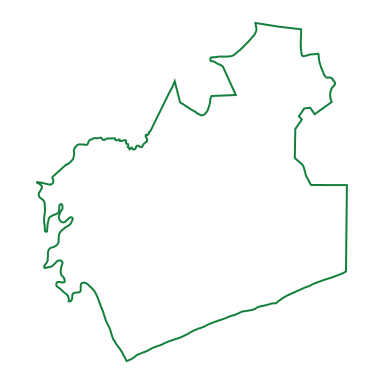 Chongoene, Gaza, Mozambique
{"feature_id": "85939544B23893317259127", "entity_name": "Chongoene", "entity_type": "district", "adm_level": 2, "iso_a3": "MOZ", "parent_name": "Mozambique", "parent_adm1": "Gaza", "projection": "natural_earth1", "projection_center": [33.799, -24.885], "detail": "fine", "context": "isolated", "style": "outline", "palette": "green", "viewbox_px": 384, "rotation_deg": 0, "n_neighbors": 0, "source": "geoboundaries", "source_scale": "gbopen_adm2", "svg_char_len": 5835}
<svg xmlns="http://www.w3.org/2000/svg" viewBox="0 0 384 384"><path d="M37.2,182.1L37.1,182.7L40.0,184.3L41.2,185.4L42.0,186.6L41.8,188.1L40.0,191.4L38.7,193.4L38.8,194.9L39.2,196.6L40.1,197.7L42.8,199.8L43.9,201.1L44.5,202.4L44.7,204.0L45.0,209.3L45.0,211.3L44.2,217.1L44.1,221.7L44.7,225.7L44.8,229.0L45.0,230.9L45.2,231.2L45.7,231.6L46.2,231.8L46.6,231.7L47.0,231.3L47.6,224.3L48.9,218.4L49.8,217.1L52.9,215.3L57.1,213.7L58.4,212.4L59.1,211.3L59.3,205.9L59.8,204.8L60.4,204.2L61.2,204.1L62.0,204.7L62.4,205.5L62.5,207.8L62.3,209.1L60.4,212.1L59.4,214.5L58.9,216.5L58.9,217.7L59.4,219.6L61.1,221.7L62.3,222.3L63.6,222.4L64.8,222.1L69.7,217.5L71.3,217.3L72.2,217.7L72.6,218.1L72.7,219.1L72.3,220.3L71.0,223.1L70.2,224.2L69.1,225.3L65.4,227.4L61.2,230.9L59.7,233.0L59.1,234.3L58.8,235.8L58.9,236.5L58.7,238.0L58.6,242.2L57.6,244.3L56.4,245.4L54.0,246.9L50.7,247.8L49.3,249.0L48.5,250.3L48.0,252.0L47.9,256.4L47.5,261.1L46.8,262.4L44.3,265.9L44.1,266.7L44.4,267.5L44.7,268.0L50.5,266.8L52.8,265.7L57.4,260.9L59.0,260.4L61.1,260.6L62.2,261.7L62.5,262.8L62.4,263.4L61.1,267.5L60.6,272.0L61.2,274.7L64.4,278.6L64.3,279.5L64.8,280.8L64.6,281.8L63.8,282.4L62.8,282.5L58.6,281.9L57.8,282.0L57.0,282.4L56.5,283.2L56.3,284.3L56.4,285.3L56.8,286.3L57.6,287.0L60.3,288.8L61.8,290.2L62.0,290.6L62.6,291.0L62.8,291.4L66.9,294.6L67.3,295.2L67.7,295.4L68.5,297.3L68.5,297.8L68.8,298.8L69.0,300.8L68.8,301.3L70.0,301.4L70.5,301.2L71.1,300.9L71.5,300.4L71.9,299.1L72.3,297.2L72.4,294.7L73.1,293.5L74.0,293.0L75.1,292.7L78.7,292.4L79.6,292.1L80.7,290.9L80.7,285.4L81.3,283.7L81.6,283.2L83.2,282.7L84.6,282.7L86.1,283.2L88.5,284.9L90.4,286.9L90.9,287.2L91.3,287.8L92.2,288.5L92.4,288.9L92.9,289.2L93.2,289.8L93.7,290.1L93.9,290.6L94.8,291.7L95.7,293.3L97.9,298.1L101.9,309.2L102.9,311.0L102.9,311.5L103.5,313.1L103.8,314.3L104.1,315.0L105.7,320.0L106.5,322.0L108.6,326.1L109.0,326.6L109.4,327.6L110.6,331.0L111.6,334.6L113.0,338.7L113.9,340.4L114.4,340.7L115.9,343.6L119.6,348.5L120.9,350.6L121.3,350.9L121.5,351.5L121.9,351.9L122.1,352.6L122.5,352.9L122.6,353.5L123.6,355.5L124.4,356.5L126.5,361.0L127.7,360.6L131.0,359.3L134.4,357.1L136.4,355.4L137.7,354.7L143.4,352.3L144.5,352.1L145.1,351.7L147.0,351.1L152.4,348.0L158.0,345.9L158.5,345.9L162.8,344.1L163.7,343.5L169.8,341.0L180.2,337.6L186.7,334.5L191.2,331.9L192.9,331.1L193.3,330.7L196.7,329.4L197.9,328.7L200.0,328.2L204.0,326.7L206.3,325.5L206.8,325.1L210.4,323.5L210.9,323.5L212.1,322.8L213.5,322.4L215.3,321.6L215.8,321.6L217.0,321.2L218.4,320.5L220.0,320.2L222.2,319.3L222.6,319.3L231.0,315.9L231.5,315.9L234.4,314.9L234.8,314.9L239.2,313.0L240.8,312.1L242.8,311.4L245.6,311.1L252.8,309.8L255.0,308.9L257.1,307.4L258.4,306.9L259.5,306.7L261.8,305.9L262.4,306.0L264.1,305.7L265.0,305.3L265.5,305.3L267.3,304.8L268.1,304.5L268.6,304.5L272.1,303.4L275.6,303.3L276.9,302.6L277.6,301.8L282.6,298.2L286.0,296.1L294.8,292.1L305.5,287.3L309.6,286.0L312.5,284.2L321.8,280.7L332.8,277.1L343.0,273.2L346.0,271.5L346.9,185.1L311.1,185.0L310.1,183.6L309.7,182.5L309.3,182.1L308.8,180.6L306.4,176.6L305.6,174.4L305.0,171.5L304.5,170.2L304.5,169.7L304.0,168.0L303.2,166.0L302.9,165.6L302.7,165.0L300.8,163.2L299.6,162.3L297.8,160.6L297.4,160.4L296.8,159.6L295.6,158.8L294.8,157.8L295.3,129.0L301.9,119.6L298.9,116.3L304.3,108.4L310.1,107.7L314.7,114.2L331.7,102.0L331.0,100.4L330.8,99.3L330.4,98.4L330.3,97.2L330.1,94.4L330.6,91.3L331.1,89.7L331.9,88.1L332.5,87.1L333.0,86.9L333.2,86.4L333.9,85.8L334.4,84.8L334.8,84.7L335.1,83.0L334.3,81.4L333.4,80.6L333.2,80.0L332.8,79.7L332.6,79.1L332.2,78.8L332.0,78.4L330.7,77.6L329.8,77.5L327.1,77.6L326.6,77.5L325.6,76.9L324.6,75.4L324.2,75.1L323.0,71.8L321.2,67.8L321.2,67.3L320.3,64.9L320.2,64.4L319.4,61.9L318.8,58.2L318.7,54.9L318.5,54.3L318.1,53.9L315.8,53.9L314.0,54.3L310.2,54.4L308.0,55.2L307.5,55.2L306.6,55.6L303.7,56.1L302.8,56.1L302.4,55.9L302.0,55.4L301.3,53.0L301.1,49.5L300.9,49.0L300.7,42.3L301.1,34.4L301.1,29.3L278.9,26.7L255.4,23.0L256.4,28.5L256.4,30.4L256.0,31.5L254.3,35.0L248.2,41.8L242.3,47.8L239.5,50.4L238.1,51.4L236.9,52.6L234.9,54.2L233.5,55.2L232.1,55.9L230.4,56.3L226.1,56.6L219.6,56.6L217.5,56.8L216.9,57.0L211.0,57.5L210.7,58.1L210.2,59.5L210.2,60.1L211.0,61.0L212.3,61.4L213.3,61.4L215.1,62.1L216.6,63.3L219.7,64.6L221.9,65.7L222.8,66.4L235.8,95.0L211.6,96.0L210.3,98.9L209.9,103.2L209.2,106.0L208.3,108.4L207.9,109.8L206.6,112.1L206.2,112.3L206.0,112.9L205.5,113.2L205.3,113.7L203.5,115.0L202.6,115.3L201.6,115.4L198.7,114.2L198.4,113.9L197.8,113.7L196.7,113.0L196.5,112.6L195.9,112.4L195.5,111.9L190.3,109.0L188.2,107.5L186.4,106.5L186.1,106.0L185.4,105.8L183.4,104.3L182.5,103.9L180.1,102.3L174.7,81.3L172.5,86.7L169.6,92.0L150.4,131.1L150.1,131.4L149.4,131.6L148.9,132.3L148.7,132.7L148.9,133.6L148.1,134.7L147.2,135.1L146.3,134.6L146.0,134.8L145.7,135.5L145.6,136.1L146.4,137.6L147.2,140.0L147.0,141.2L146.7,141.7L145.6,142.2L144.9,143.0L143.6,144.0L143.3,144.4L143.0,145.4L142.2,146.3L142.0,146.9L141.4,147.1L139.5,146.7L138.7,145.8L137.8,145.6L136.8,145.9L136.1,146.8L135.5,148.7L135.1,149.1L134.3,149.4L133.0,149.4L131.9,147.7L131.1,147.6L130.2,148.9L129.5,149.3L128.3,147.2L127.7,146.9L128.2,146.2L128.2,144.3L127.7,143.9L126.3,143.7L126.0,142.8L126.0,140.5L125.3,140.2L124.7,140.2L122.1,140.8L120.0,141.0L119.6,139.6L119.0,139.5L117.5,140.2L115.9,140.3L115.5,140.2L114.8,138.3L107.1,138.5L106.4,138.8L104.9,139.8L103.2,139.9L102.4,139.4L101.5,138.0L100.5,137.6L98.5,138.2L94.4,138.2L92.7,138.6L91.3,139.6L90.1,139.8L89.6,140.2L88.6,141.5L88.2,142.8L87.4,144.4L86.9,144.7L86.1,144.9L83.3,144.5L78.8,144.4L77.4,145.0L75.5,146.8L74.7,148.1L73.9,150.2L73.8,151.1L74.2,153.4L74.1,154.7L73.4,158.1L72.9,159.4L69.1,163.3L67.5,164.2L66.6,164.6L66.3,164.5L52.6,176.8L52.3,177.4L52.3,177.8L53.2,179.6L53.4,181.0L52.9,182.9L52.0,183.9L51.0,184.5L49.8,184.7L41.4,182.7L37.2,182.1Z" fill="none" stroke="#15803d" stroke-width="2"/></svg>